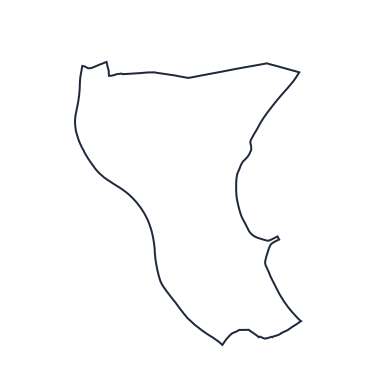 the district of Hattem, Gelderland, Netherlands, rotated 193°
{"feature_id": "6326949B74620777468908", "entity_name": "Hattem", "entity_type": "district", "adm_level": 2, "iso_a3": "NLD", "parent_name": "Netherlands", "parent_adm1": "Gelderland", "projection": "mercator", "projection_center": [6.046, 52.477], "detail": "fine", "context": "isolated", "style": "outline", "palette": "slate", "viewbox_px": 384, "rotation_deg": 193, "n_neighbors": 0, "source": "geoboundaries", "source_scale": "gbopen_adm2", "svg_char_len": 5776}
<svg xmlns="http://www.w3.org/2000/svg" viewBox="0 0 384 384"><g transform="rotate(193 192 192)"><path d="M56.8,90.7L57.1,90.8L58.7,91.7L60.0,92.5L60.8,93.0L61.7,93.6L63.3,94.7L65.9,96.5L68.2,98.1L69.0,98.8L69.6,99.2L70.0,99.5L72.7,101.6L75.5,104.1L77.8,106.1L79.1,107.4L80.5,108.9L81.4,109.7L83.0,111.4L83.8,112.2L84.4,112.9L86.4,115.2L87.2,116.2L93.5,123.7L96.9,127.9L98.3,130.0L101.6,134.4L103.8,137.2L104.7,139.0L104.8,139.5L105.1,141.2L105.1,142.5L105.1,145.0L105.0,147.0L104.7,150.2L104.7,151.0L104.3,154.8L103.9,156.7L103.5,158.4L102.4,160.1L101.0,161.5L99.5,162.8L96.4,165.3L97.0,165.9L98.7,167.9L99.8,167.0L100.8,166.2L102.4,164.8L103.2,164.1L104.7,163.0L106.3,161.9L107.3,161.6L108.5,161.5L109.2,161.5L110.3,161.6L112.0,161.7L113.8,161.8L115.9,162.0L117.3,162.1L118.9,162.3L119.4,162.4L120.4,162.7L121.0,162.8L121.5,163.0L121.9,163.1L122.4,163.3L123.0,163.5L123.4,163.8L124.0,164.0L125.2,164.8L126.8,166.0L127.5,166.6L128.2,167.4L130.9,170.6L133.2,173.4L133.6,173.8L134.4,174.7L135.7,176.2L136.9,177.6L138.1,179.1L139.8,181.7L140.1,182.3L141.3,184.3L141.6,184.9L141.9,185.5L143.5,188.5L144.6,190.8L145.6,192.9L145.8,193.4L146.9,195.8L148.0,199.0L148.1,199.3L149.2,203.0L150.1,206.7L150.9,210.4L151.2,212.3L151.6,214.1L151.6,214.3L151.9,218.0L151.9,219.6L152.0,219.9L151.6,221.8L151.1,224.4L151.1,224.5L151.0,224.9L150.9,225.9L150.7,227.3L150.5,228.5L150.3,229.8L149.3,233.0L148.2,234.7L146.6,237.3L145.9,238.6L145.4,239.7L144.8,241.3L144.4,243.0L144.3,243.8L144.0,245.1L143.9,246.3L143.8,246.8L144.7,249.9L145.9,252.4L146.4,253.4L146.4,253.5L146.4,255.3L146.1,256.9L145.0,260.8L144.7,262.0L143.8,264.6L142.6,268.5L141.1,274.0L139.6,278.4L139.0,280.1L136.4,286.5L135.5,288.4L134.7,290.1L133.8,292.1L133.4,293.0L132.2,295.5L129.9,300.3L128.4,303.3L125.6,308.6L123.3,312.8L121.9,315.4L118.7,321.6L117.6,324.1L116.2,327.6L115.8,328.7L115.6,329.4L114.4,332.7L117.5,332.9L131.6,333.5L135.4,333.7L144.9,334.0L148.0,334.2L154.9,331.2L170.9,324.4L178.5,321.1L191.8,315.2L210.1,307.2L215.9,304.6L221.3,302.3L231.6,301.8L235.4,301.7L241.0,301.2L242.0,301.2L243.7,301.0L249.8,300.5L251.8,300.3L255.7,300.1L255.8,300.1L259.6,299.1L261.0,298.8L262.1,298.5L267.4,296.8L268.6,296.4L269.2,296.2L269.9,296.0L270.1,295.9L270.9,295.7L271.6,295.5L271.9,295.4L281.3,292.6L285.8,291.3L285.9,291.2L286.1,291.2L287.2,291.5L287.3,291.5L287.9,291.3L292.3,289.7L292.5,289.6L293.4,288.8L293.5,288.7L293.9,288.5L297.4,286.9L298.1,286.9L299.0,286.5L299.8,289.0L300.3,290.9L300.4,291.3L300.8,292.1L302.6,295.4L304.5,299.5L305.2,299.1L309.9,295.8L310.2,295.7L311.9,294.5L312.8,293.8L315.3,292.0L318.0,290.1L319.8,289.5L321.2,289.2L323.3,289.8L325.0,290.2L325.8,290.2L327.2,290.2L327.2,288.4L327.1,287.1L327.0,285.6L326.9,283.4L326.9,282.7L326.7,279.5L326.5,277.9L326.2,275.5L326.0,274.4L325.5,271.5L325.2,270.0L324.9,268.7L324.6,267.0L324.3,264.8L323.8,261.3L323.6,259.3L323.2,254.9L323.1,252.1L323.0,249.7L322.9,246.1L322.8,243.2L322.8,241.3L322.7,240.0L322.7,239.6L322.5,238.3L322.3,236.7L322.1,235.7L321.8,234.3L321.4,232.7L321.0,231.4L320.4,229.5L319.7,227.6L319.5,227.1L319.2,226.3L318.9,225.5L318.3,224.4L317.6,223.0L317.2,222.3L316.5,221.1L316.0,220.3L315.6,219.6L315.0,218.6L314.3,217.4L313.3,215.8L312.3,214.5L311.2,213.1L310.3,211.9L309.3,210.7L308.3,209.5L307.6,208.8L306.7,207.8L306.3,207.2L305.8,206.6L305.5,206.2L304.4,205.0L302.7,203.2L301.0,201.5L299.4,200.0L297.6,198.3L296.8,197.5L295.7,196.6L294.7,195.8L293.7,194.9L292.9,194.1L292.7,194.0L292.5,193.8L292.3,193.6L291.4,192.9L290.8,192.4L289.6,191.5L288.1,190.5L286.7,189.6L285.8,189.0L283.1,187.6L281.0,186.4L276.8,184.7L275.4,184.2L270.5,182.4L266.3,180.9L264.7,180.4L263.3,179.9L262.7,179.7L260.6,178.9L260.2,178.7L258.1,177.8L256.9,177.3L255.8,176.8L254.8,176.3L253.4,175.6L252.3,175.0L251.2,174.3L250.0,173.6L248.7,172.8L247.1,171.8L246.1,171.1L244.5,170.0L243.5,169.3L242.7,168.6L240.4,166.7L239.4,165.9L238.0,164.7L234.8,161.6L234.0,160.8L232.6,159.2L232.2,158.8L230.2,156.4L229.0,155.0L228.6,154.3L227.8,153.4L227.3,152.5L226.2,150.9L225.9,150.5L225.7,150.0L225.5,149.7L225.1,149.1L224.9,148.7L224.6,148.4L224.4,148.0L224.2,147.6L223.0,145.6L222.6,145.0L222.5,144.7L222.0,143.6L221.6,142.9L221.0,141.7L219.9,139.3L219.3,138.0L218.2,135.3L217.7,134.1L217.4,133.1L216.7,131.5L215.5,127.8L214.4,123.8L214.1,123.2L212.6,118.5L211.9,116.8L210.7,113.9L210.5,113.4L209.8,111.8L208.4,108.6L208.2,108.2L205.8,103.4L204.4,100.9L202.8,98.1L201.6,96.6L200.9,95.7L198.6,93.3L197.9,92.7L195.4,90.5L194.6,89.7L193.4,88.8L189.6,85.6L185.2,82.1L183.0,80.4L179.8,77.6L176.3,74.6L173.6,72.5L173.1,72.0L171.6,70.9L170.2,69.8L168.2,68.3L166.3,67.1L164.8,66.3L161.3,64.3L159.5,63.3L157.9,62.5L156.1,61.7L155.0,61.2L151.2,59.4L146.9,57.7L143.5,56.4L140.1,55.3L139.0,54.9L137.6,54.3L134.6,53.1L132.5,52.3L131.2,51.6L129.9,50.9L129.0,50.3L128.0,49.8L127.5,51.2L126.0,54.9L125.7,55.7L125.4,56.3L125.2,56.7L123.2,60.3L122.7,61.1L121.4,62.9L121.2,63.2L120.9,63.5L118.5,65.2L116.7,66.6L115.7,67.5L115.4,67.8L115.2,67.9L115.1,68.1L114.9,68.3L114.6,68.3L112.5,68.8L108.8,69.7L105.6,70.5L105.4,70.3L105.1,70.1L104.7,70.0L104.5,69.9L102.2,69.0L101.2,68.6L100.9,68.5L99.1,67.8L97.8,67.3L96.9,66.9L96.6,66.8L95.9,66.4L95.3,66.1L94.9,65.9L94.5,65.6L94.4,65.5L93.5,66.2L93.2,66.3L92.8,66.4L92.4,66.3L91.8,66.1L90.6,65.8L88.6,65.6L88.3,65.6L88.2,65.6L87.8,65.6L87.3,65.7L87.3,65.8L86.6,66.2L85.2,66.8L84.2,67.4L82.5,68.4L82.3,68.6L81.8,68.8L81.3,68.7L81.3,68.9L80.3,69.4L80.0,69.6L78.8,70.3L78.2,70.7L77.8,70.9L77.5,71.0L77.3,71.1L76.8,71.5L76.2,71.8L76.0,72.0L75.4,72.4L74.8,72.9L73.9,73.7L73.7,73.8L73.5,74.4L71.1,76.3L69.5,77.6L68.8,78.1L67.7,78.9L67.3,79.5L66.5,80.3L66.2,80.6L64.9,82.1L64.6,82.4L63.8,83.3L60.5,86.6L60.1,87.1L59.5,87.7L59.4,87.8L58.5,88.8L58.2,89.2L57.1,90.4L56.9,90.6L56.8,90.7Z" fill="none" stroke="#1e293b" stroke-width="2"/></g></svg>